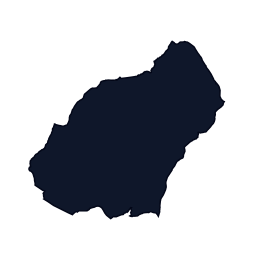 Ticusu, Brasov, Romania, rotated 102°
{"feature_id": "2599482B19489151240121", "entity_name": "Ticusu", "entity_type": "district", "adm_level": 2, "iso_a3": "ROU", "parent_name": "Romania", "parent_adm1": "Brasov", "projection": "orthographic", "projection_center": [25.069, 45.937], "detail": "fine", "context": "isolated", "style": "filled", "palette": "ink", "viewbox_px": 256, "rotation_deg": 102, "n_neighbors": 0, "source": "geoboundaries", "source_scale": "gbopen_adm2", "svg_char_len": 5655}
<svg xmlns="http://www.w3.org/2000/svg" viewBox="0 0 256 256"><g transform="rotate(102 128 128)"><path d="M203.2,207.0L203.5,206.3L206.7,198.3L206.8,196.4L207.6,196.3L209.5,197.4L210.0,197.1L210.3,196.6L210.9,196.7L212.4,196.3L214.6,195.0L215.0,195.5L216.7,190.8L219.2,184.7L223.3,168.8L224.3,164.3L223.2,163.7L220.5,161.6L220.7,160.0L220.0,159.6L219.2,158.8L217.8,152.2L217.4,150.7L215.8,149.1L214.6,148.6L213.4,146.6L212.3,144.3L211.2,143.0L210.6,141.2L210.5,139.7L211.0,138.3L211.4,137.2L213.0,135.5L215.9,133.0L217.8,130.8L220.2,126.1L217.5,123.7L217.6,122.8L217.2,121.0L214.3,116.7L213.5,114.6L212.1,114.1L211.6,113.0L210.9,112.3L209.5,111.3L210.1,110.9L208.9,110.3L207.2,109.7L206.7,109.2L205.4,108.9L205.3,108.2L205.9,108.5L206.7,108.1L207.5,107.8L208.4,107.1L209.4,107.6L210.4,107.7L211.5,106.8L212.4,106.7L213.6,107.9L213.8,107.1L213.7,105.5L213.2,104.9L212.6,102.4L211.9,100.3L210.5,99.2L209.1,97.3L208.6,96.2L207.8,95.4L207.2,93.7L206.4,90.9L206.4,90.1L205.5,89.3L205.0,88.2L205.4,85.7L205.3,83.6L205.4,82.5L206.1,82.0L206.5,81.3L208.0,80.0L206.2,79.8L205.1,79.8L203.9,79.6L203.0,79.7L202.0,80.0L201.0,80.0L200.1,80.2L199.1,80.2L197.5,80.7L192.8,81.2L192.3,81.1L191.7,81.3L189.9,81.0L186.4,79.7L184.7,79.3L180.7,78.5L177.9,78.4L176.4,78.8L174.1,79.6L172.5,79.8L168.8,79.4L167.9,79.3L160.0,76.2L159.0,76.3L155.3,74.5L153.1,74.0L150.6,73.2L149.1,72.1L149.2,71.7L148.1,71.1L146.9,69.7L146.4,68.9L145.8,68.2L144.5,67.9L143.5,68.1L142.1,68.1L139.0,67.5L137.3,68.0L136.6,68.4L136.0,68.6L134.9,68.9L133.5,68.0L132.2,67.0L129.9,65.3L129.0,64.8L128.3,63.9L128.0,63.8L127.0,62.5L126.7,62.3L126.4,62.2L126.2,62.1L126.0,61.6L125.7,61.1L125.0,60.4L124.8,60.1L124.6,59.3L124.3,59.0L123.4,58.6L122.5,57.8L121.6,58.2L121.2,57.9L120.6,58.1L119.5,57.9L119.0,57.9L117.8,58.5L117.5,57.8L117.8,56.3L117.1,54.8L116.9,54.0L115.9,52.1L115.7,51.2L115.3,50.8L113.5,49.9L112.3,49.1L109.4,47.4L108.2,47.0L105.7,45.5L103.7,45.0L102.1,44.9L100.7,45.0L99.7,45.5L96.8,45.4L94.9,46.0L93.9,45.8L92.7,45.1L91.0,44.0L88.1,41.4L85.7,39.9L83.9,39.9L82.2,39.4L82.2,40.0L82.0,40.5L81.3,41.3L81.0,42.1L81.0,42.4L78.3,44.5L77.3,44.9L72.0,45.8L68.6,47.6L67.6,48.5L65.7,50.8L66.2,51.3L65.3,51.6L64.5,52.2L63.4,53.9L62.2,54.6L58.0,58.0L54.7,61.3L53.0,63.4L52.5,63.9L52.2,64.0L51.3,64.9L51.1,64.8L51.0,65.2L50.5,65.5L47.2,68.7L46.3,69.5L44.7,70.4L43.7,71.3L43.3,71.7L42.6,72.7L41.2,74.1L40.6,74.9L36.7,78.7L35.7,79.5L35.0,80.2L34.6,80.9L32.6,85.2L31.7,87.7L31.8,88.3L31.8,88.8L31.7,90.7L32.1,90.9L32.4,92.1L32.8,92.7L32.8,93.5L33.1,94.6L33.5,95.2L34.8,96.0L35.7,97.1L35.9,97.8L35.9,98.4L35.8,99.5L35.7,99.7L34.9,100.7L34.1,102.8L35.4,103.5L36.7,103.7L37.8,104.3L38.8,104.7L39.8,105.1L40.2,105.2L41.4,105.0L41.9,104.6L42.4,105.1L42.7,105.4L43.5,105.8L43.8,105.8L44.5,106.6L45.6,107.1L48.1,108.0L48.6,108.5L48.9,108.6L49.3,109.1L49.7,109.3L49.9,109.8L50.3,109.8L51.1,110.2L51.6,110.6L52.0,111.4L53.1,112.2L53.2,112.4L53.6,112.6L53.8,112.8L53.7,113.4L54.4,113.6L54.9,114.0L55.0,114.3L55.7,114.8L56.6,115.0L56.9,115.8L57.1,116.2L57.4,116.3L57.8,115.7L58.6,115.8L58.9,115.6L59.5,114.8L59.9,114.9L60.8,114.9L61.8,115.1L62.5,115.0L64.1,116.0L64.3,116.3L64.8,116.7L64.9,116.9L65.1,116.9L65.2,116.7L65.5,116.7L65.8,116.8L66.4,117.3L66.6,117.3L66.9,117.4L67.6,117.1L68.7,116.8L69.1,117.4L69.3,118.0L69.3,118.4L68.7,119.0L68.6,120.2L68.7,120.5L68.6,120.9L68.9,122.0L69.3,122.3L69.4,123.2L69.9,123.3L70.2,123.5L70.3,123.7L70.2,123.9L70.3,124.1L70.6,124.0L71.1,124.2L71.3,124.1L71.5,124.2L71.2,124.6L71.5,124.8L72.2,125.6L72.5,125.6L72.8,125.9L72.8,126.0L72.6,126.3L72.6,126.5L73.2,127.0L73.3,126.9L73.8,127.4L74.0,127.7L73.9,127.8L74.0,128.1L73.9,128.5L74.5,129.0L74.6,128.6L74.6,128.4L74.8,128.3L74.7,128.4L74.7,128.7L74.9,128.9L74.9,129.0L74.6,129.3L75.0,129.6L75.5,129.3L75.9,130.1L76.0,131.3L76.5,132.3L79.3,140.0L81.0,145.1L80.8,145.3L80.7,145.5L80.7,145.9L80.6,146.0L80.2,146.1L80.2,146.4L80.2,146.6L81.6,147.3L82.5,148.2L82.7,148.4L82.9,148.9L83.3,149.2L83.3,149.3L83.6,149.1L84.8,154.4L85.1,156.5L85.3,157.5L85.8,159.0L86.0,159.5L85.9,159.7L86.3,160.1L86.6,160.6L86.9,161.6L87.5,162.8L88.1,163.7L88.5,164.0L89.0,164.2L89.6,164.3L90.2,164.3L90.7,164.4L91.5,164.9L92.7,165.4L94.4,166.5L95.2,166.7L95.5,167.5L96.3,169.8L96.3,170.7L96.7,171.5L97.6,172.6L103.7,177.3L104.3,177.6L106.4,177.8L107.7,177.8L109.2,178.7L109.7,179.2L110.9,180.6L112.2,181.7L112.9,182.5L113.7,183.0L118.0,184.8L119.3,185.1L120.6,185.5L121.7,186.1L122.4,186.2L124.1,186.3L125.7,186.5L126.3,186.6L127.9,187.4L129.7,187.5L131.9,187.1L133.0,187.1L134.9,187.4L137.6,188.1L137.8,188.3L138.5,189.7L138.9,190.2L139.4,191.0L139.7,191.6L139.8,192.1L139.9,193.0L139.8,194.3L139.9,196.0L139.8,198.0L139.8,199.8L139.8,200.2L139.6,200.4L139.3,200.5L139.5,200.8L140.3,200.6L140.8,200.8L141.6,200.9L143.0,201.0L143.3,201.1L143.8,201.4L144.3,201.6L144.8,201.6L145.3,201.5L145.6,201.3L146.6,201.3L148.7,201.7L149.1,201.7L149.9,201.7L150.4,201.9L151.6,202.4L153.8,202.9L154.5,203.2L155.8,203.1L156.1,203.2L156.6,203.4L157.5,203.6L158.2,203.5L159.8,203.6L160.4,204.2L161.7,205.0L163.4,205.0L164.6,205.3L165.3,205.3L165.5,205.8L165.7,206.0L165.8,206.0L166.0,205.8L166.5,206.2L166.7,206.7L166.7,206.9L167.1,207.6L167.5,208.0L167.9,208.2L169.4,209.7L169.9,210.1L171.6,210.9L173.0,212.6L174.1,213.2L174.8,213.5L175.9,213.7L176.7,214.6L177.5,215.0L178.5,215.9L178.8,216.0L179.6,216.0L180.3,216.6L181.8,216.6L182.3,216.2L182.6,216.2L183.1,216.4L184.2,215.9L185.7,215.4L186.2,215.2L186.9,216.2L188.2,216.4L188.9,216.3L189.9,215.6L190.2,215.3L190.3,215.0L190.4,214.1L190.5,213.7L191.7,212.0L192.9,211.1L194.8,210.1L196.5,209.1L197.8,208.7L199.0,208.4L200.0,207.9L201.7,207.2L203.2,207.0Z" fill="#0f172a" stroke="#020617" stroke-width="1.5"/></g></svg>